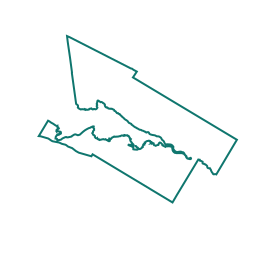 the district of Port Augusta, South Australia, Australia, rotated 121°
{"feature_id": "25037944B82439387593982", "entity_name": "Port Augusta", "entity_type": "district", "adm_level": 2, "iso_a3": "AUS", "parent_name": "Australia", "parent_adm1": "South Australia", "projection": "equal_earth", "projection_center": [137.816, -32.616], "detail": "fine", "context": "isolated", "style": "outline", "palette": "teal", "viewbox_px": 256, "rotation_deg": 121, "n_neighbors": 0, "source": "geoboundaries", "source_scale": "gbopen_adm2", "svg_char_len": 5969}
<svg xmlns="http://www.w3.org/2000/svg" viewBox="0 0 256 256"><g transform="rotate(121 128 128)"><path d="M168.9,51.5L159.9,51.6L118.8,51.5L118.3,50.2L118.8,50.0L119.0,49.6L118.5,47.9L118.6,47.2L118.5,46.7L119.9,45.8L119.9,45.0L119.5,44.4L119.6,43.5L119.3,42.9L119.5,42.2L119.5,41.7L119.8,40.6L120.7,39.9L121.1,39.3L121.1,38.5L120.7,37.7L120.7,37.1L120.4,37.0L121.1,35.5L121.7,34.9L122.7,33.3L123.1,32.1L123.5,31.6L123.6,31.2L123.5,30.5L122.7,29.7L122.4,29.1L122.3,28.4L82.0,28.6L82.1,149.8L75.1,149.5L75.3,153.2L75.1,155.2L75.5,156.3L80.2,224.5L80.6,227.6L85.5,223.8L97.6,213.9L109.4,204.5L109.7,204.5L133.9,185.0L134.2,184.5L134.2,183.4L134.5,182.5L135.8,181.6L136.2,181.6L136.4,181.3L136.4,180.9L136.6,180.5L136.5,178.2L136.0,177.8L135.8,177.1L135.4,176.8L134.9,175.9L134.3,173.5L133.8,173.3L133.7,173.5L133.4,172.3L132.5,171.2L132.1,170.9L131.5,171.0L130.7,170.2L130.6,169.6L130.1,169.4L130.3,167.9L129.9,167.4L129.3,167.1L129.0,166.6L128.9,165.7L128.6,165.3L127.7,164.8L126.3,164.7L126.0,165.1L125.8,165.8L124.8,166.3L124.3,166.2L123.9,166.8L123.6,166.8L123.3,167.3L121.3,167.7L120.9,168.1L120.2,168.1L119.9,167.9L119.8,167.2L120.0,164.8L119.5,164.4L119.3,163.9L119.3,162.6L119.5,162.2L119.4,161.9L119.5,161.3L119.4,161.0L119.8,159.9L120.5,159.6L120.9,159.0L121.2,158.8L121.6,157.8L121.4,157.5L121.5,156.8L121.1,156.5L121.1,155.7L121.4,155.2L121.3,154.5L121.0,154.0L120.9,153.5L120.2,152.6L120.3,152.3L119.8,151.6L119.8,150.5L119.6,149.9L119.7,149.2L120.3,148.5L120.1,147.4L120.9,145.2L120.8,144.7L120.4,144.3L120.7,143.4L120.4,142.6L120.6,142.3L120.5,141.8L120.9,141.2L120.9,140.5L121.3,139.4L121.2,139.0L121.5,138.4L121.6,137.0L121.9,136.3L122.1,135.3L122.2,134.2L122.1,133.5L122.3,131.9L123.1,130.0L122.8,127.3L123.3,126.6L123.3,125.5L123.6,123.8L123.6,122.9L123.7,122.5L123.5,121.6L123.7,120.5L123.5,120.1L123.5,117.3L123.1,116.3L122.9,115.7L123.0,114.9L122.6,113.6L122.6,112.9L122.4,112.1L122.5,111.4L122.3,111.1L122.5,110.0L121.6,109.3L121.5,108.9L121.1,108.3L121.3,107.6L121.8,106.9L122.0,106.4L121.9,105.3L121.4,103.5L120.8,102.1L120.4,101.0L120.3,99.0L119.4,97.4L119.3,96.7L119.3,95.1L119.7,94.1L120.5,92.9L120.8,90.9L121.2,90.1L122.4,88.4L122.8,87.4L122.5,86.8L122.1,86.5L121.7,85.9L120.4,83.4L120.1,82.7L120.1,81.1L120.5,80.1L120.6,79.6L121.1,79.3L121.5,79.9L121.9,79.2L122.3,79.0L122.2,78.8L123.1,77.8L123.0,77.6L123.6,76.1L123.6,74.3L123.9,74.2L123.8,73.8L123.4,73.6L121.8,71.7L121.0,70.5L120.9,69.4L120.4,68.2L120.5,67.4L120.7,67.1L121.0,67.1L121.2,66.7L121.0,66.4L121.6,65.5L122.1,63.4L123.2,62.3L123.4,62.0L123.3,61.1L123.0,60.4L121.3,58.9L121.4,58.6L121.8,58.2L122.4,58.3L123.0,59.4L123.6,61.4L123.2,62.8L122.1,64.2L121.7,65.8L121.3,66.9L122.0,69.3L122.1,69.6L122.7,70.3L123.8,72.3L124.4,73.1L124.9,74.6L125.1,74.8L125.1,76.1L124.7,77.4L123.9,78.5L123.2,78.9L123.0,79.3L121.9,80.2L121.4,80.5L121.4,81.3L122.0,81.9L122.1,82.3L121.9,82.5L122.8,83.9L124.5,86.3L124.9,86.3L125.1,89.4L124.6,89.4L123.8,92.4L124.1,93.3L124.8,93.6L125.7,93.4L126.2,93.6L126.9,93.3L127.3,93.9L129.0,95.1L129.0,96.1L129.3,96.6L129.2,97.0L128.9,97.6L128.0,98.0L128.1,99.5L129.1,99.6L128.9,100.1L129.1,100.3L128.2,100.1L127.9,100.8L128.2,101.7L128.4,101.8L128.2,102.4L127.8,102.6L128.1,103.6L128.9,104.2L129.1,104.7L130.0,105.4L131.4,105.8L131.9,105.6L132.0,106.1L132.5,105.9L133.1,106.1L133.6,105.6L133.9,106.1L134.3,106.4L134.6,106.3L134.9,105.8L136.5,106.1L136.8,106.0L136.9,105.6L139.1,106.4L140.1,107.2L140.8,108.4L141.6,108.7L142.1,109.4L143.2,111.6L143.5,112.5L141.9,113.5L141.9,115.7L142.4,118.1L142.3,118.8L142.0,118.8L141.9,118.4L140.5,116.4L140.4,115.7L140.6,115.2L140.5,114.6L140.1,114.9L140.5,114.5L140.4,113.9L139.9,114.1L139.3,115.0L138.9,116.7L138.5,117.3L138.3,118.1L137.7,119.4L136.6,120.4L136.6,119.8L136.0,119.8L135.9,120.7L135.4,121.5L135.5,121.8L135.0,122.4L134.7,123.4L134.5,123.5L134.6,124.1L134.8,124.2L134.6,124.9L135.5,125.9L135.4,126.1L135.8,126.7L135.7,127.2L135.9,127.6L136.8,127.4L137.1,127.9L137.2,128.7L137.5,129.4L137.9,129.8L139.1,130.5L139.3,131.0L140.2,131.8L141.4,133.4L141.5,133.8L142.3,134.6L142.4,135.5L143.2,135.8L144.1,136.6L146.2,137.0L146.5,138.0L146.4,138.3L146.7,138.7L147.8,138.2L148.0,137.7L147.9,137.2L148.6,137.0L149.0,137.3L149.2,137.7L149.0,138.3L149.3,138.7L149.2,139.1L149.0,139.6L149.2,139.9L149.1,140.0L149.2,140.8L149.3,140.8L149.2,141.5L149.6,141.7L150.1,142.5L150.2,143.3L150.5,143.7L153.0,146.3L152.7,147.1L153.0,147.2L153.1,148.2L153.0,148.7L152.6,149.1L153.0,149.2L153.3,150.5L152.7,151.9L152.0,152.1L151.6,153.4L151.8,154.2L151.1,155.3L150.8,156.0L149.7,155.8L148.9,156.3L147.1,156.0L146.5,156.6L146.1,156.7L145.7,157.8L144.5,158.0L144.3,158.2L144.4,158.4L145.1,159.3L146.0,159.6L146.3,160.1L147.2,160.5L148.4,161.6L150.4,162.8L152.1,163.7L154.4,164.6L158.6,165.9L160.0,167.2L160.5,169.7L161.2,170.6L163.7,171.9L164.4,172.0L166.9,174.6L167.5,175.5L167.5,176.2L168.1,177.0L170.7,178.8L172.6,179.5L174.3,181.4L174.9,181.9L174.8,182.5L174.2,182.7L173.9,183.3L174.4,184.7L172.7,185.4L170.7,185.3L170.6,184.9L169.8,184.2L169.5,184.6L169.3,184.2L169.1,184.4L168.6,183.9L167.8,183.7L168.3,183.2L167.5,182.7L167.1,182.7L166.5,183.1L166.0,183.7L166.1,184.4L167.0,186.3L167.4,185.9L167.2,186.5L166.9,186.7L167.0,186.9L167.5,187.1L167.2,187.3L167.3,187.6L167.9,187.5L168.2,187.3L168.4,187.3L168.2,187.3L168.0,187.5L167.4,187.8L167.1,187.2L166.7,187.2L166.2,187.7L166.1,187.9L166.1,188.5L165.9,188.9L166.1,187.7L165.2,187.7L164.4,187.1L163.9,187.1L163.7,187.9L164.0,188.1L164.0,188.3L163.4,188.4L163.4,189.1L163.2,189.2L163.1,189.4L162.8,189.4L162.5,189.6L163.0,189.9L163.1,191.5L162.9,194.4L163.0,196.6L162.8,198.8L162.9,200.3L180.9,200.3L180.1,198.6L178.1,191.0L178.1,190.2L178.3,186.9L178.2,185.8L175.9,179.4L175.6,176.4L174.6,173.2L174.5,172.3L174.8,169.8L174.0,165.5L174.6,160.8L174.5,157.5L171.1,144.8L168.8,144.8L168.9,51.5ZM139.9,110.5L139.4,111.7L139.5,112.2L139.9,112.6L139.5,111.9L139.6,111.4L140.0,110.6L140.1,109.4L140.0,109.0L139.8,109.6L139.9,110.5Z" fill="none" stroke="#0f766e" stroke-width="2"/></g></svg>